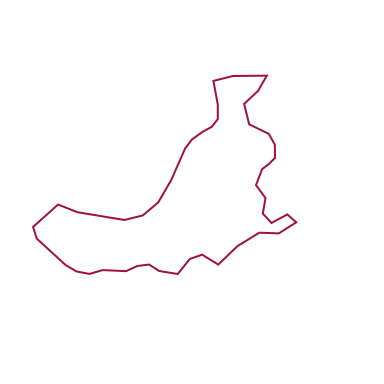 SVG path tracing the border of Basarabeasca, rotated 220°
{"feature_id": "MDA-1630", "entity_name": "Basarabeasca", "entity_type": "District", "adm_level": 1, "iso_a3": "MDA", "parent_name": "Moldova", "parent_adm1": "", "projection": "natural_earth1", "projection_center": [28.89, 46.362], "detail": "fine", "context": "isolated", "style": "outline", "palette": "rose", "viewbox_px": 384, "rotation_deg": 220, "n_neighbors": 0, "source": "natural_earth", "source_scale": "10m", "svg_char_len": 741}
<svg xmlns="http://www.w3.org/2000/svg" viewBox="0 0 384 384"><g transform="rotate(220 192 192)"><path d="M286.5,96.3L266.9,102.8L225.8,127.1L214.6,142.5L211.2,162.3L215.6,187.9L225.3,221.1L225.8,232.2L222.6,244.8L218.7,254.9L219.1,264.4L228.5,275.6L247.0,290.9L235.2,307.2L209.5,329.2L206.4,312.1L208.7,293.0L191.7,280.6L170.5,285.9L159.0,281.5L150.4,271.5L151.1,262.8L153.0,254.7L147.4,238.4L131.8,234.6L123.9,221.0L111.2,219.4L104.6,236.1L92.7,235.8L98.9,216.1L114.3,204.1L122.4,179.7L125.2,153.3L143.9,150.5L150.6,139.4L150.2,120.0L166.5,110.3L178.2,108.9L186.4,100.1L191.6,89.0L210.3,74.7L217.9,63.3L229.4,56.9L241.7,54.8L281.0,56.5L291.3,63.1L288.6,81.7L286.6,96.0L286.5,96.3Z" fill="none" stroke="#9f1239" stroke-width="2"/></g></svg>